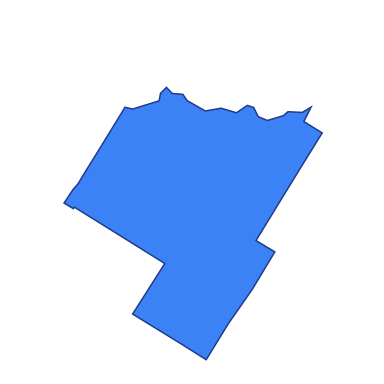 Chilton, Alabama, United States of America (orthographic projection), rotated 302°
{"feature_id": "52423323B35365477332818", "entity_name": "Chilton", "entity_type": "district", "adm_level": 2, "iso_a3": "USA", "parent_name": "United States of America", "parent_adm1": "Alabama", "projection": "orthographic", "projection_center": [-86.654, 32.866], "detail": "fine", "context": "isolated", "style": "filled", "palette": "blue", "viewbox_px": 384, "rotation_deg": 302, "n_neighbors": 0, "source": "geoboundaries", "source_scale": "gbopen_adm2", "svg_char_len": 663}
<svg xmlns="http://www.w3.org/2000/svg" viewBox="0 0 384 384"><g transform="rotate(302 192 192)"><path d="M99.3,292.6L141.7,294.7L160.6,294.4L185.1,294.0L184.7,272.0L264.4,271.3L311.1,271.1L311.0,249.5L327.0,248.0L317.9,243.3L310.9,230.8L305.1,229.0L292.6,218.0L291.0,208.2L296.4,199.5L294.8,193.1L288.9,190.4L282.8,187.8L278.5,172.3L267.8,160.4L266.9,139.6L270.0,132.5L265.1,123.0L267.2,114.9L259.0,113.0L251.9,115.8L230.9,97.7L228.4,90.3L178.2,90.7L148.0,90.8L138.6,91.0L131.1,89.8L114.8,89.3L115.0,100.2L116.8,100.2L116.9,174.1L116.9,201.0L116.9,206.8L57.0,206.3L57.4,259.9L57.3,292.9L99.3,292.6Z" fill="#3b82f6" stroke="#1e3a8a" stroke-width="1.5"/></g></svg>